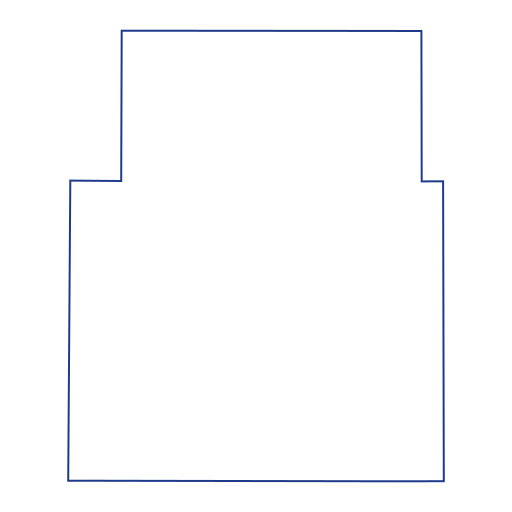 Sheridan, North Dakota, United States of America (orthographic projection)
{"feature_id": "52423323B60934570924180", "entity_name": "Sheridan", "entity_type": "district", "adm_level": 2, "iso_a3": "USA", "parent_name": "United States of America", "parent_adm1": "North Dakota", "projection": "orthographic", "projection_center": [-100.282, 47.587], "detail": "fine", "context": "isolated", "style": "outline", "palette": "blue", "viewbox_px": 512, "rotation_deg": 0, "n_neighbors": 0, "source": "geoboundaries", "source_scale": "gbopen_adm2", "svg_char_len": 253}
<svg xmlns="http://www.w3.org/2000/svg" viewBox="0 0 512 512"><path d="M421.4,31.0L346.6,30.9L121.7,30.7L121.2,181.0L70.3,180.6L68.2,480.7L396.8,481.3L443.8,481.2L443.1,181.3L421.7,181.4L421.4,31.0Z" fill="none" stroke="#1e3a8a" stroke-width="2"/></svg>